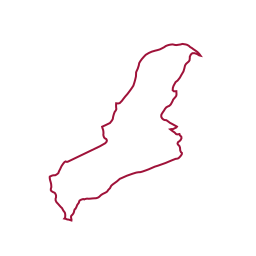 Mpassa, Haut-Ogooué, Gabon (Mercator projection), rotated 244°
{"feature_id": "22940354B37639469829308", "entity_name": "Mpassa", "entity_type": "district", "adm_level": 2, "iso_a3": "GAB", "parent_name": "Gabon", "parent_adm1": "Haut-Ogooué", "projection": "mercator", "projection_center": [13.612, -1.737], "detail": "fine", "context": "isolated", "style": "outline", "palette": "rose", "viewbox_px": 256, "rotation_deg": 244, "n_neighbors": 0, "source": "geoboundaries", "source_scale": "gbopen_adm2", "svg_char_len": 3198}
<svg xmlns="http://www.w3.org/2000/svg" viewBox="0 0 256 256"><g transform="rotate(244 128 128)"><path d="M69.7,36.6L70.3,37.0L71.9,37.4L73.1,37.8L74.0,38.6L74.5,40.2L75.2,41.5L76.3,42.7L77.5,43.6L78.3,44.5L78.4,45.4L79.7,47.1L81.1,48.6L81.8,49.9L82.4,51.1L83.4,51.9L84.0,52.7L84.1,54.6L83.8,56.6L83.0,57.3L83.0,58.2L82.5,60.2L81.6,61.7L81.0,63.2L80.2,65.4L79.5,67.1L78.9,68.5L78.6,70.3L78.8,72.1L79.5,74.1L79.8,76.1L79.8,79.1L79.9,80.9L80.4,82.1L81.1,83.3L81.7,85.2L82.2,86.0L82.9,86.8L83.5,87.8L84.0,89.7L84.9,94.8L85.5,96.9L85.9,98.4L85.8,100.2L85.6,106.1L84.9,112.1L84.3,115.9L83.7,117.9L82.9,119.8L82.5,122.0L82.1,125.4L81.8,128.5L81.6,133.2L81.5,135.3L81.0,138.4L80.1,146.4L79.7,153.7L79.4,157.3L78.9,158.7L78.7,160.1L79.3,161.9L80.1,163.7L80.9,164.9L81.9,165.5L83.2,165.0L84.9,165.1L86.2,165.6L87.5,166.1L89.2,166.3L91.4,165.6L92.5,165.8L93.4,166.9L93.6,168.5L94.3,170.3L95.4,171.6L96.9,172.1L98.7,171.4L100.0,171.6L100.2,170.8L100.7,169.4L101.4,168.6L102.4,168.3L103.6,167.9L104.6,167.3L105.8,166.6L108.3,165.4L108.0,166.6L107.3,168.0L107.3,169.5L107.3,171.7L107.8,172.6L110.2,170.9L112.5,169.3L114.2,168.0L116.4,166.9L118.2,165.9L119.1,164.4L120.0,163.6L121.6,162.9L123.4,162.8L125.1,163.6L125.9,164.6L126.9,166.2L128.0,168.2L128.9,169.5L129.8,171.5L129.9,173.3L129.8,174.8L130.4,176.7L131.5,178.3L132.6,179.8L133.7,181.0L134.4,182.6L135.1,184.3L135.8,185.5L136.9,186.3L139.9,187.6L140.8,185.4L142.3,184.7L144.4,185.9L146.0,187.5L148.4,190.9L148.9,193.4L150.5,196.7L152.2,199.1L154.5,202.6L156.9,204.8L159.2,206.7L160.2,208.3L161.2,211.9L161.9,213.0L163.6,214.1L165.0,214.8L166.5,216.7L167.0,218.6L166.1,220.6L164.1,222.6L162.1,223.8L161.2,224.9L163.5,224.5L165.9,223.7L167.2,223.0L169.0,222.0L170.2,221.3L171.8,220.5L173.6,219.3L175.0,218.8L176.7,217.7L177.8,216.5L179.7,213.8L180.1,211.7L180.9,209.2L181.3,207.9L182.0,206.7L183.0,205.5L183.6,204.7L184.3,202.8L184.7,201.3L185.0,199.5L185.1,197.7L184.8,196.2L184.7,193.7L184.7,191.0L185.1,188.6L185.6,186.3L186.2,182.8L186.3,179.5L186.0,176.0L185.0,173.3L183.8,170.5L182.6,168.3L181.4,166.5L179.5,165.1L177.0,162.7L175.3,160.6L174.5,159.7L172.6,158.7L170.8,157.7L168.1,155.5L166.2,153.8L163.7,151.4L162.5,149.4L160.9,146.5L158.8,142.4L157.5,139.3L156.2,136.6L155.1,134.5L154.0,131.4L154.4,129.8L155.4,128.2L153.8,127.3L151.8,126.4L150.1,125.8L149.1,124.7L148.3,123.1L146.9,121.6L145.7,120.5L144.4,119.4L142.8,118.3L141.8,116.9L140.4,114.0L140.4,108.9L140.5,105.3L139.1,105.0L137.2,104.8L135.8,104.4L134.1,103.7L132.6,102.8L131.4,102.5L130.0,102.4L129.0,102.6L128.2,103.2L127.6,103.6L126.2,103.6L125.1,102.8L124.3,100.9L123.9,94.7L124.0,76.3L124.1,58.9L124.5,58.0L125.3,57.2L125.2,56.0L124.5,54.4L123.1,51.9L122.3,50.8L120.8,49.0L119.5,47.2L118.0,45.6L117.6,44.0L117.4,42.0L118.1,40.5L118.5,39.1L118.6,36.4L117.6,35.8L115.7,35.2L112.9,34.7L111.2,34.3L109.7,33.7L108.5,33.2L107.3,32.1L106.1,31.4L104.9,31.5L103.3,32.5L102.5,33.2L101.9,33.7L100.4,33.9L99.0,33.8L97.2,32.9L96.2,31.9L94.6,31.2L92.6,31.2L90.4,31.9L88.1,32.5L86.4,33.0L84.8,33.6L83.7,33.6L81.9,33.7L80.7,34.0L79.3,34.1L78.2,33.8L77.1,33.4L75.9,32.7L75.0,32.2L74.5,31.1L73.5,32.4L72.5,33.2L71.7,34.5L70.3,36.0L69.7,36.6Z" fill="none" stroke="#9f1239" stroke-width="2"/></g></svg>